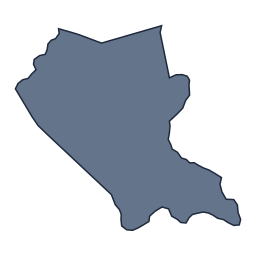 outline of Cordeiro, Rio de Janeiro, Brazil
{"feature_id": "56859067B26605122636621", "entity_name": "Cordeiro", "entity_type": "district", "adm_level": 2, "iso_a3": "BRA", "parent_name": "Brazil", "parent_adm1": "Rio de Janeiro", "projection": "orthographic", "projection_center": [-42.325, -22.061], "detail": "fine", "context": "isolated", "style": "filled", "palette": "slate", "viewbox_px": 256, "rotation_deg": 0, "n_neighbors": 0, "source": "geoboundaries", "source_scale": "gbopen_adm2", "svg_char_len": 1182}
<svg xmlns="http://www.w3.org/2000/svg" viewBox="0 0 256 256"><path d="M198.1,213.1L203.4,212.0L208.7,213.1L212.9,215.1L217.7,218.3L223.5,219.6L228.2,222.7L233.8,225.4L239.3,224.9L240.6,219.4L238.1,212.6L237.4,204.9L233.8,199.6L226.1,199.2L221.9,191.8L220.0,184.2L221.5,177.6L215.8,174.0L209.0,170.0L203.1,167.8L198.2,165.2L194.2,162.7L189.7,162.9L186.2,159.4L181.5,158.1L177.5,152.3L172.2,149.1L170.7,144.4L168.2,139.4L169.4,132.8L170.0,126.0L169.4,121.1L172.7,118.1L177.1,114.0L182.7,108.2L185.7,100.3L189.6,95.1L189.3,89.8L189.0,85.1L189.5,80.1L187.2,76.2L182.0,74.6L176.1,74.8L169.4,77.8L160.1,32.5L161.6,25.7L101.5,43.1L93.7,40.2L87.6,37.9L80.1,35.1L75.9,33.7L58.6,28.7L59.1,33.7L55.5,38.7L51.3,40.2L48.0,43.9L47.1,49.7L45.3,54.3L39.6,55.6L34.2,59.4L33.5,64.1L36.0,69.8L32.0,73.6L28.1,78.4L22.4,79.9L18.0,83.5L15.4,88.8L32.1,116.8L38.3,125.8L48.0,135.1L111.4,194.6L115.3,204.7L119.5,209.7L121.2,214.4L121.0,219.7L121.7,226.0L126.7,229.8L132.7,230.3L137.9,228.0L142.3,225.5L148.9,221.5L149.6,216.2L155.0,211.3L162.0,207.0L168.6,208.9L171.7,216.2L177.1,219.2L180.8,222.5L186.0,223.0L189.3,217.4L192.6,214.4L198.1,213.1Z" fill="#64748b" stroke="#1e293b" stroke-width="1.5"/></svg>